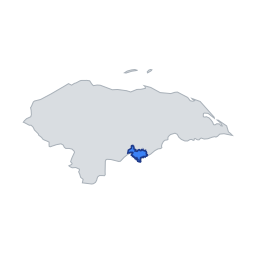 location of Trojes, El Paraíso, Honduras, rotated 9°
{"feature_id": "27666195B23836678424083", "entity_name": "Trojes", "entity_type": "district", "adm_level": 2, "iso_a3": "HND", "parent_name": "Honduras", "parent_adm1": "El Paraíso", "projection": "albers", "projection_center": [-85.831, 14.051], "detail": "fine", "context": "in_parent", "style": "filled", "palette": "blue", "viewbox_px": 256, "rotation_deg": 9, "n_neighbors": 0, "source": "geoboundaries", "source_scale": "gbopen_adm2", "svg_char_len": 6036}
<svg xmlns="http://www.w3.org/2000/svg" viewBox="0 0 256 256"><g transform="rotate(9 128 128)"><path d="M232.3,119.0L223.7,118.6L219.6,119.7L217.8,122.1L216.3,123.2L215.0,123.0L212.4,124.0L208.6,126.1L205.0,127.0L201.9,126.5L201.0,127.0L200.7,127.7L200.3,128.4L199.0,128.8L197.6,128.6L196.1,127.8L195.2,128.2L195.2,129.6L194.3,130.0L192.7,129.3L190.9,129.8L188.9,131.5L186.1,131.9L182.4,130.9L179.6,129.1L177.6,126.5L175.2,125.8L171.0,127.8L169.2,130.1L168.9,131.6L169.3,132.9L168.5,133.7L166.6,134.2L165.1,135.7L164.1,138.5L163.9,140.6L164.5,142.1L163.5,143.2L161.0,143.9L158.0,146.2L154.5,150.2L151.0,153.0L147.6,154.6L145.9,156.4L146.0,158.3L145.8,158.9L145.2,159.2L144.1,159.4L137.4,155.2L135.5,152.3L133.8,152.7L131.8,154.2L128.8,157.5L125.7,162.0L124.1,162.5L116.2,161.8L112.1,162.2L111.2,162.8L110.8,164.4L111.1,166.6L112.2,174.6L112.8,177.8L112.2,178.8L110.0,179.0L107.3,179.4L105.8,180.9L105.4,182.5L105.2,184.6L104.4,186.8L102.6,188.4L101.0,189.0L91.5,189.3L91.7,185.7L89.0,184.2L87.5,181.1L86.1,179.0L86.6,177.8L86.5,176.3L82.7,175.2L79.1,176.0L77.0,175.4L75.5,174.6L78.1,172.8L78.3,171.7L77.5,170.9L76.6,170.4L76.9,168.3L77.4,165.9L79.0,160.3L78.4,159.3L76.0,157.6L73.0,157.4L69.7,157.9L68.1,157.0L66.7,155.0L64.3,154.1L60.1,155.6L55.6,157.9L54.2,158.7L53.1,158.6L52.6,156.8L52.4,154.8L52.1,154.2L49.7,153.5L47.0,152.9L45.6,152.3L44.2,150.9L40.9,149.0L40.2,147.7L35.8,144.5L34.9,143.0L33.9,141.8L31.8,140.4L30.1,140.7L24.5,138.8L23.7,138.7L24.5,137.1L26.3,134.7L30.2,132.1L30.5,130.0L29.6,125.8L28.6,123.1L29.2,121.9L30.4,117.1L31.4,116.0L37.0,113.6L37.5,113.3L42.0,109.9L46.9,106.2L52.0,102.0L57.7,97.4L60.9,94.7L62.3,93.5L65.6,94.5L68.1,92.3L69.6,91.6L73.1,89.0L74.2,88.4L80.0,87.4L82.8,87.4L85.2,90.1L87.1,91.6L90.8,90.4L93.9,90.1L106.5,92.7L111.6,91.6L120.8,91.4L125.0,92.0L130.8,88.5L134.6,87.8L139.0,86.1L138.4,84.4L137.4,83.7L144.1,84.4L154.2,88.0L164.9,87.3L168.7,85.4L171.2,84.8L182.2,88.5L185.1,91.3L187.4,91.5L189.1,90.9L189.6,90.3L187.4,89.7L186.4,88.8L195.1,90.5L211.4,103.8L211.8,104.9L204.8,101.0L201.1,101.3L200.2,101.9L200.4,104.1L200.7,105.1L202.3,105.2L203.5,104.6L206.4,105.3L208.3,106.7L210.6,108.9L212.0,111.3L213.5,111.3L215.0,109.9L217.7,109.7L219.5,111.3L220.8,111.2L219.0,108.7L214.8,106.2L215.8,106.1L225.1,110.5L227.8,116.1L230.0,117.3L232.3,119.0ZM122.9,71.3L117.5,74.0L115.9,74.0L118.3,71.9L122.3,70.1L125.6,69.2L128.4,69.6L122.9,71.3ZM141.2,68.5L138.7,70.5L138.2,69.6L139.4,67.7L141.0,66.7L142.5,66.8L142.1,67.6L141.2,68.5Z" fill="#d9dde1" stroke="#a8b0b8" stroke-width="1"/><path d="M131.7,152.8L131.9,152.7L132.0,152.7L132.3,152.5L132.3,152.3L132.5,152.4L132.6,152.5L132.9,152.5L132.9,152.4L133.1,152.2L133.3,152.1L133.5,152.0L133.6,151.9L133.8,151.8L134.1,151.8L134.3,151.8L134.3,151.6L135.4,151.6L135.5,151.5L135.5,151.4L136.1,151.3L136.5,151.3L136.7,151.6L136.5,151.9L136.6,152.1L135.4,154.2L135.6,154.3L135.8,154.1L136.0,154.2L136.0,154.3L136.3,154.4L136.3,154.5L136.5,154.6L136.8,154.8L136.9,155.0L137.0,155.1L137.0,155.3L137.2,155.2L137.3,155.1L137.5,155.2L137.6,155.3L137.8,155.3L138.0,155.4L138.0,155.5L137.9,155.5L138.0,155.7L138.2,155.8L138.2,155.7L138.3,155.8L138.4,155.7L138.5,155.9L138.6,156.0L139.0,156.1L139.3,156.4L139.5,156.4L139.6,156.2L139.7,156.3L139.8,156.6L139.7,157.0L139.8,157.2L139.9,157.3L140.1,157.3L140.3,157.4L140.5,157.4L140.4,157.3L140.5,157.2L140.5,156.9L140.6,156.7L140.8,156.6L141.0,156.6L141.3,156.8L141.4,156.7L141.4,156.8L141.4,156.7L141.5,156.8L141.8,156.8L142.0,156.9L142.1,157.0L142.3,157.2L142.2,157.2L142.2,157.3L142.3,157.3L142.3,157.5L142.2,157.6L142.3,157.7L142.3,157.8L142.2,157.9L142.3,157.9L142.3,158.0L142.2,158.0L142.3,158.1L142.3,158.3L142.5,158.4L142.7,158.6L142.7,158.8L142.7,159.0L142.9,159.0L142.9,159.3L143.0,159.3L143.3,159.4L143.4,159.5L143.7,159.5L143.8,159.6L144.1,159.5L144.2,159.4L144.5,159.3L144.9,159.4L145.0,159.5L145.1,159.4L145.1,159.6L145.2,159.8L145.3,159.8L145.4,159.6L145.5,159.6L145.7,159.4L145.6,159.2L145.8,159.0L145.8,158.9L145.7,158.7L145.3,158.3L145.1,158.1L144.9,158.1L144.9,157.8L145.0,157.6L145.1,157.4L145.0,157.1L145.1,156.9L145.1,156.7L145.2,156.2L145.0,155.8L145.1,155.7L145.1,155.4L145.2,155.2L145.3,155.1L145.6,155.1L145.8,155.1L146.0,155.0L146.2,154.9L146.2,154.7L146.4,154.5L146.7,154.3L146.8,154.3L147.4,154.4L147.5,154.7L147.7,154.8L147.9,154.6L148.0,154.6L148.1,154.3L148.0,154.1L148.2,153.9L148.1,153.7L148.3,153.7L148.6,153.6L148.8,153.6L149.0,153.6L149.3,153.7L149.5,153.8L149.5,153.7L149.5,153.4L149.8,153.4L150.0,153.2L150.3,153.1L150.3,152.9L150.6,152.5L150.8,152.6L151.1,152.5L151.1,152.3L151.1,152.2L151.2,151.8L151.3,151.8L151.4,151.6L151.1,151.3L151.1,151.2L150.9,151.2L150.8,151.3L150.8,151.2L150.7,151.2L150.3,150.9L150.2,150.8L150.0,150.7L150.0,150.4L150.0,150.2L150.1,149.9L150.2,149.7L150.2,149.4L150.0,149.2L149.9,148.9L149.8,148.6L149.7,148.5L149.5,148.3L149.3,148.3L149.2,148.2L149.0,147.9L148.6,147.6L148.6,147.4L148.4,147.5L148.3,147.8L148.2,148.0L148.0,147.9L147.8,147.9L147.7,147.9L147.4,147.7L147.2,147.7L146.9,147.6L146.7,147.7L146.5,147.4L146.5,147.5L146.3,147.4L146.2,147.5L145.9,147.6L145.7,147.6L145.4,147.5L145.2,147.4L145.1,147.2L144.8,147.1L144.7,147.2L144.7,147.3L144.6,147.6L144.5,147.8L144.3,148.2L144.4,148.3L144.2,148.4L144.0,148.5L143.8,148.5L143.3,148.4L143.2,148.3L143.1,148.1L142.8,147.8L142.8,147.7L142.7,147.6L142.3,147.6L142.2,147.7L142.0,147.8L141.9,148.0L141.7,148.2L141.4,148.2L141.2,148.4L141.2,148.5L141.1,148.8L141.2,149.0L141.0,149.3L140.8,149.4L140.7,149.6L140.4,149.6L140.0,149.7L139.9,149.6L139.6,149.4L139.5,149.2L139.2,149.3L139.1,149.5L138.8,149.6L138.6,149.7L138.5,149.4L138.6,149.2L138.6,148.9L138.7,148.7L138.8,148.6L138.8,148.3L138.9,148.2L138.7,148.1L138.4,148.0L138.1,148.0L138.0,147.9L137.8,147.9L137.6,147.8L137.4,147.8L137.3,147.7L137.1,147.6L136.9,146.1L136.4,145.4L136.4,145.2L136.2,145.0L136.2,144.9L135.9,144.8L135.7,144.9L135.4,144.8L135.1,144.8L135.1,144.6L134.9,144.7L134.7,144.7L134.5,144.8L134.5,145.0L134.5,145.3L134.2,145.4L134.5,147.5L131.8,149.8L131.7,152.8Z" fill="#3b82f6" stroke="#1e3a8a" stroke-width="1.5"/></g></svg>